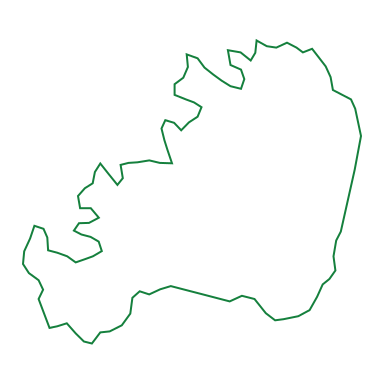 São Miguel da Boa Vista, Santa Catarina, Brazil (Natural Earth projection)
{"feature_id": "56859067B14006103520237", "entity_name": "São Miguel da Boa Vista", "entity_type": "district", "adm_level": 2, "iso_a3": "BRA", "parent_name": "Brazil", "parent_adm1": "Santa Catarina", "projection": "natural_earth1", "projection_center": [-53.256, -26.687], "detail": "fine", "context": "isolated", "style": "outline", "palette": "green", "viewbox_px": 384, "rotation_deg": 0, "n_neighbors": 0, "source": "geoboundaries", "source_scale": "gbopen_adm2", "svg_char_len": 1452}
<svg xmlns="http://www.w3.org/2000/svg" viewBox="0 0 384 384"><path d="M91.9,343.5L100.3,332.4L109.7,331.4L121.8,325.3L130.3,313.6L132.4,297.8L139.7,291.3L149.2,294.4L160.2,289.3L170.8,286.1L202.8,294.4L229.7,301.4L241.9,295.8L254.5,299.0L265.8,313.2L275.1,320.3L283.5,319.2L298.3,316.2L309.6,310.1L317.1,296.8L322.7,284.4L329.4,279.0L335.4,270.5L333.5,256.3L336.2,240.5L340.8,231.6L354.7,169.7L361.0,136.0L355.2,108.7L351.0,99.4L332.9,90.0L330.6,77.1L325.7,66.4L319.0,57.7L312.1,48.8L302.9,52.4L296.5,47.6L287.0,42.7L276.3,47.6L266.8,46.2L256.6,40.5L255.3,52.8L250.7,60.5L240.6,52.4L227.9,50.2L230.5,65.0L241.0,69.6L244.3,79.1L241.0,88.8L230.5,86.2L221.7,80.7L213.2,74.5L204.5,67.6L197.6,58.3L186.7,54.4L187.9,67.0L183.3,77.7L174.6,84.2L174.6,94.9L185.9,99.4L194.0,102.4L201.5,107.2L197.6,116.7L188.9,122.4L181.2,130.3L174.1,122.8L165.3,120.2L161.5,128.5L164.4,140.2L167.4,149.7L172.0,163.3L159.8,162.9L149.3,160.4L137.5,162.3L128.5,162.9L120.6,164.9L122.8,178.2L117.4,184.9L108.3,173.6L100.3,163.5L94.9,172.0L92.7,183.3L84.9,188.2L78.0,196.0L80.1,208.2L90.8,208.2L98.8,217.7L89.0,222.9L79.0,223.2L73.9,230.6L81.4,234.5L90.6,236.9L98.7,241.6L101.8,251.1L92.9,256.3L84.9,259.2L75.7,262.4L67.2,256.3L57.2,252.7L48.1,250.3L47.3,237.5L43.5,228.8L34.4,225.8L30.1,238.5L24.2,251.3L23.0,264.0L28.9,273.1L38.6,280.2L43.1,289.7L38.6,299.0L49.5,327.9L57.2,326.3L66.8,323.3L75.7,333.4L83.9,341.5L91.9,343.5Z" fill="none" stroke="#15803d" stroke-width="2"/></svg>